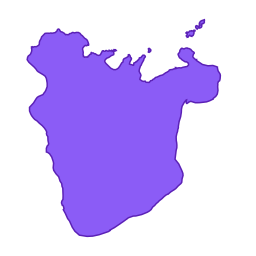 Nyamagana, Mwanza, United Republic of Tanzania, rotated 85°
{"feature_id": "72390352B17873975087440", "entity_name": "Nyamagana", "entity_type": "district", "adm_level": 2, "iso_a3": "TZA", "parent_name": "United Republic of Tanzania", "parent_adm1": "Mwanza", "projection": "albers", "projection_center": [32.9, -2.576], "detail": "fine", "context": "isolated", "style": "filled", "palette": "violet", "viewbox_px": 256, "rotation_deg": 85, "n_neighbors": 0, "source": "geoboundaries", "source_scale": "gbopen_adm2", "svg_char_len": 5575}
<svg xmlns="http://www.w3.org/2000/svg" viewBox="0 0 256 256"><g transform="rotate(85 128 128)"><path d="M71.2,48.3L66.9,53.7L65.8,53.7L66.0,54.5L63.4,56.9L62.3,57.2L60.2,56.4L59.9,56.2L59.5,55.6L58.7,55.5L58.1,55.9L57.3,57.1L55.1,58.7L54.1,60.4L53.9,61.7L53.6,61.8L53.4,62.3L53.5,63.8L54.1,65.3L53.8,66.2L53.4,66.8L53.6,67.4L53.3,67.7L53.6,68.2L54.1,68.6L55.1,69.5L56.5,69.8L57.8,70.7L58.3,71.4L59.2,71.7L61.4,71.0L62.6,70.5L63.5,69.3L64.5,68.6L66.8,65.7L67.1,65.2L67.2,63.8L68.3,62.8L68.6,62.2L70.5,62.2L71.8,63.6L72.3,68.1L72.8,69.9L72.5,71.4L72.5,73.2L72.8,73.9L72.9,74.9L72.0,74.9L71.9,75.5L73.0,75.4L73.2,77.8L73.6,78.3L73.6,80.3L73.8,81.7L74.8,82.4L75.7,84.1L76.3,85.7L78.2,88.9L78.6,91.5L79.8,94.5L80.0,96.0L80.4,96.7L81.1,97.2L81.7,98.8L82.6,99.7L82.9,101.4L84.4,102.8L84.1,105.7L83.7,106.4L82.8,106.8L82.9,108.6L82.7,109.2L82.4,109.9L80.7,111.9L80.1,111.9L76.7,110.5L75.3,110.8L73.9,111.5L72.3,112.0L70.4,111.5L67.4,110.2L66.3,109.2L65.2,108.8L61.8,106.5L60.1,105.9L58.7,104.6L58.1,104.5L57.2,105.1L56.8,105.7L56.8,106.9L59.0,109.1L59.0,110.0L59.2,110.6L60.5,111.1L61.7,112.8L62.7,113.6L62.6,114.2L63.3,114.9L63.8,116.5L65.8,116.9L66.0,117.5L65.3,118.6L64.8,120.4L64.4,121.0L62.3,120.3L59.7,118.6L59.1,118.5L58.4,118.7L58.0,119.3L56.0,119.7L55.0,120.4L55.0,120.9L55.1,121.3L55.5,121.3L55.8,121.0L56.3,121.6L56.8,121.6L57.9,123.8L58.6,125.9L59.7,126.8L61.7,127.2L62.6,128.6L65.6,130.7L67.5,132.4L68.2,133.6L68.8,135.2L68.6,137.2L66.9,140.0L61.6,144.5L59.7,145.4L59.0,145.3L57.9,144.6L56.6,143.0L56.0,140.9L54.5,138.4L53.7,135.9L52.8,135.6L50.9,135.7L50.2,135.2L50.1,134.9L50.3,134.3L49.9,134.0L49.8,133.0L49.3,133.3L49.3,133.8L48.9,133.8L48.8,134.1L48.9,134.4L48.7,135.2L49.7,135.6L50.2,136.8L49.8,136.7L49.2,137.1L49.1,137.6L49.2,137.8L49.6,137.8L49.7,138.9L48.9,140.0L49.7,140.4L49.7,141.5L49.0,142.6L48.9,143.3L49.5,144.0L49.5,145.0L49.3,145.6L48.9,145.8L48.9,146.3L49.0,146.8L52.1,148.8L52.8,149.5L53.1,150.4L53.1,151.2L52.6,152.4L51.2,154.1L51.1,155.0L50.2,156.1L50.1,157.4L49.6,158.0L50.0,158.3L51.1,158.4L51.3,159.3L51.8,160.0L52.8,160.9L52.8,161.3L53.3,161.8L53.8,161.9L53.9,162.8L53.5,163.4L53.7,165.2L53.3,165.4L52.9,166.2L52.2,166.0L51.2,166.4L48.7,166.0L45.4,166.4L44.4,166.1L42.6,164.4L42.0,163.4L42.4,162.6L42.4,161.8L41.5,160.8L42.0,160.6L42.1,160.1L41.8,159.9L40.3,160.0L37.7,160.7L36.5,161.3L35.4,162.5L34.9,163.3L32.0,165.5L31.1,166.6L29.6,167.5L28.5,169.1L28.3,171.1L28.6,173.1L28.1,174.3L28.0,175.1L28.8,176.5L28.8,177.6L29.4,178.6L29.8,178.9L29.8,180.0L29.5,180.9L29.6,182.1L28.1,183.2L27.6,184.0L26.8,184.9L26.2,186.5L25.8,186.9L23.9,187.8L23.4,188.4L23.4,189.0L23.8,189.7L24.9,190.1L26.6,192.1L27.0,195.6L26.6,196.4L26.8,197.9L26.5,200.3L26.5,202.4L29.8,206.2L31.2,206.7L33.7,208.4L34.8,208.8L37.0,209.1L37.9,210.0L39.0,212.1L38.8,214.4L39.2,215.4L38.6,216.4L38.9,217.1L39.7,216.9L39.7,217.1L40.3,217.2L41.8,217.0L43.7,217.5L45.7,218.6L46.4,219.2L47.5,221.0L48.1,221.3L48.6,221.8L51.2,222.5L53.9,221.0L59.2,216.1L61.5,214.4L62.9,213.7L64.1,212.6L67.8,207.5L69.3,205.9L71.6,205.0L76.2,204.6L79.7,204.9L82.9,206.4L84.7,207.5L85.3,208.2L87.3,209.8L88.8,214.4L89.6,215.8L90.9,217.0L94.8,219.9L98.8,224.3L102.5,224.6L105.5,223.7L107.4,222.9L109.9,221.3L111.3,220.2L113.1,217.9L115.3,216.1L118.2,213.2L120.7,211.3L123.0,210.0L125.0,209.3L126.3,209.7L127.8,209.6L129.6,208.6L133.6,208.8L136.8,208.4L138.0,209.0L138.9,210.1L141.1,211.1L144.8,211.4L145.3,210.2L146.8,208.4L150.3,206.5L154.9,205.4L156.7,205.2L161.1,206.0L163.7,205.7L167.4,203.7L170.5,201.3L175.0,200.3L177.5,198.9L180.4,198.8L182.3,198.2L190.0,198.6L193.4,199.0L195.1,200.3L196.8,200.8L199.3,200.2L199.4,199.6L200.7,199.1L202.9,198.8L203.7,199.6L207.5,197.9L213.0,196.0L215.5,194.4L222.1,192.1L226.2,189.9L230.5,185.8L232.4,178.2L232.6,172.5L231.8,166.1L229.5,156.6L228.5,154.7L228.1,154.9L225.8,149.8L220.7,140.7L217.4,135.3L216.2,130.5L216.3,127.8L215.4,121.9L213.6,116.1L212.6,114.0L211.3,112.1L208.9,110.3L207.5,108.2L205.7,106.4L204.5,104.6L203.2,103.2L201.4,100.4L199.5,98.1L198.1,96.0L197.3,94.0L197.4,93.8L195.5,91.2L192.6,85.8L190.1,83.1L187.9,80.1L186.8,79.2L183.5,78.6L180.1,77.3L177.9,77.3L174.8,78.2L168.2,80.6L163.4,83.8L162.9,83.8L154.5,82.0L152.0,81.1L149.3,80.8L146.9,80.8L144.8,81.0L141.0,80.8L137.6,79.8L135.9,79.0L133.8,78.5L132.2,77.8L130.7,77.7L126.0,76.5L121.4,74.6L117.0,73.5L113.9,73.1L111.0,72.2L107.2,69.6L105.2,67.6L105.1,67.2L107.1,67.8L107.9,67.8L108.6,67.5L108.7,67.1L107.4,64.9L106.9,63.1L108.7,58.7L109.0,54.5L108.8,47.4L108.0,44.3L106.6,40.6L106.0,40.6L104.3,38.0L103.6,37.3L102.0,36.1L98.4,35.1L94.8,35.1L92.4,34.7L91.6,34.8L89.6,33.9L88.9,32.6L87.2,32.0L83.8,31.4L82.2,31.6L78.9,33.3L75.8,33.7L75.1,33.6L74.6,34.5L73.1,38.0L73.0,42.9L71.2,48.3ZM37.6,54.1L37.1,52.7L36.5,52.8L36.3,53.7L37.0,55.1L37.0,55.7L36.6,56.1L36.6,56.6L36.9,56.8L36.8,58.2L38.0,59.3L38.0,59.9L37.5,60.9L38.1,61.3L38.2,61.9L38.6,61.9L39.0,60.9L39.4,60.8L40.4,60.9L40.9,61.8L41.8,61.8L42.3,61.1L42.8,61.1L42.7,60.2L41.7,59.7L41.0,58.4L41.6,58.1L42.3,56.4L41.7,56.1L41.7,55.5L41.4,55.0L40.3,54.4L39.0,53.9L37.6,54.1ZM27.9,42.5L26.8,42.5L27.5,45.3L28.1,46.6L29.6,47.7L30.2,47.7L30.6,48.0L32.0,47.6L32.5,48.1L32.7,48.4L32.6,49.8L32.0,50.6L32.1,51.3L32.9,51.8L33.6,51.8L34.8,51.2L35.5,50.5L33.6,48.4L33.8,48.2L34.4,48.3L34.7,48.1L34.5,47.0L34.2,46.4L33.7,45.9L32.7,45.5L32.2,45.6L32.1,45.9L31.0,45.9L31.2,45.4L30.5,44.6L30.5,43.8L30.0,43.1L29.7,43.0L29.3,42.7L28.5,42.8L27.9,42.5ZM54.5,100.4L53.7,98.9L52.7,98.8L52.7,98.5L52.3,98.4L50.7,99.6L50.5,100.1L50.7,100.7L52.0,100.7L52.5,100.5L53.6,101.0L54.2,101.1L54.5,100.4Z" fill="#8b5cf6" stroke="#5b21b6" stroke-width="1.5"/></g></svg>